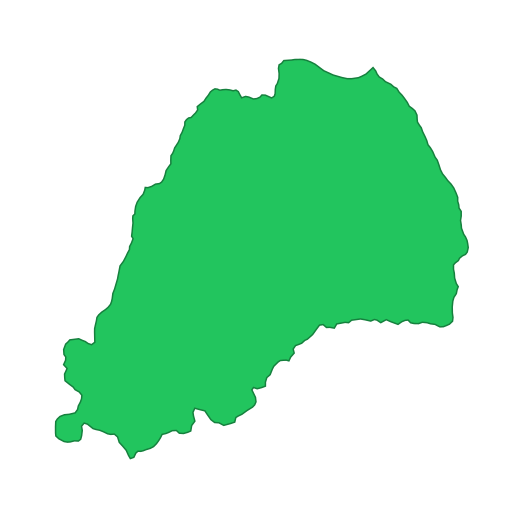 outline of Mirante do Paranapanema, São Paulo, Brazil, rotated 176°
{"feature_id": "56859067B9133941340903", "entity_name": "Mirante do Paranapanema", "entity_type": "district", "adm_level": 2, "iso_a3": "BRA", "parent_name": "Brazil", "parent_adm1": "São Paulo", "projection": "robinson", "projection_center": [-51.978, -22.346], "detail": "fine", "context": "isolated", "style": "filled", "palette": "green", "viewbox_px": 512, "rotation_deg": 176, "n_neighbors": 0, "source": "geoboundaries", "source_scale": "gbopen_adm2", "svg_char_len": 4348}
<svg xmlns="http://www.w3.org/2000/svg" viewBox="0 0 512 512"><g transform="rotate(176 256 256)"><path d="M62.8,197.3L61.5,200.9L58.8,204.5L57.7,208.5L56.4,211.3L58.1,214.5L59.4,220.1L59.4,225.0L59.9,229.0L59.6,233.4L57.6,235.3L54.5,237.3L53.1,239.6L50.0,241.8L46.9,243.0L45.0,245.2L43.7,249.6L44.0,253.8L44.4,256.8L45.7,260.4L47.3,263.2L48.1,266.0L49.1,269.4L49.1,272.5L49.5,277.2L48.5,281.6L48.2,286.2L50.1,289.6L50.2,293.0L51.0,296.5L50.7,300.4L52.0,304.7L54.0,310.1L56.4,314.1L59.6,318.0L61.5,321.1L64.2,324.9L66.0,329.2L67.2,334.2L68.5,338.9L70.5,342.2L72.5,347.9L74.5,351.8L76.7,355.0L77.6,359.2L78.9,362.9L81.1,368.3L82.2,372.4L84.0,375.3L85.6,378.4L85.7,381.3L85.6,385.3L87.3,389.7L89.7,392.2L92.7,394.7L94.4,398.7L97.2,403.3L99.1,406.2L101.8,409.4L103.9,413.4L106.8,415.1L109.5,417.9L112.3,419.5L114.8,420.9L117.3,423.7L120.6,426.0L122.6,429.2L123.7,432.3L126.1,435.8L133.6,429.8L138.0,427.9L141.4,426.7L148.2,426.2L152.5,426.5L157.8,428.0L166.3,431.1L175.5,436.1L183.7,443.2L187.7,445.6L191.8,447.6L195.2,448.7L197.9,449.0L203.8,449.3L206.9,449.0L214.6,449.0L217.0,446.4L219.6,445.1L220.5,441.6L220.2,436.4L220.7,431.5L222.7,426.5L224.4,424.2L225.1,421.0L225.6,416.5L226.7,414.0L229.4,412.6L232.4,414.2L235.4,415.8L238.9,416.2L240.9,414.2L244.1,413.0L247.6,412.8L252.0,415.0L255.2,415.9L259.3,414.8L260.8,417.9L262.2,421.2L264.4,422.9L267.3,422.4L270.6,423.5L274.3,424.2L277.6,424.2L280.5,423.9L282.8,425.1L285.3,425.6L287.7,424.5L290.0,422.9L292.4,419.6L294.8,417.0L297.1,413.9L300.5,411.7L304.2,409.1L304.0,405.8L306.3,402.9L308.3,401.2L311.0,398.7L313.6,398.4L315.8,396.9L317.6,394.7L317.9,391.4L319.5,388.1L321.1,384.5L323.1,381.4L323.8,378.3L325.6,374.8L328.0,371.6L329.6,369.5L330.7,366.7L332.0,364.2L333.8,362.0L334.3,357.7L334.5,353.9L336.9,351.1L339.7,347.5L341.0,343.3L342.8,339.1L345.0,336.3L347.2,335.0L351.3,334.7L355.2,332.7L359.1,331.7L361.7,332.1L362.4,329.4L364.3,325.4L367.5,322.4L370.8,317.9L372.6,313.8L373.6,309.3L373.9,306.4L376.0,304.6L376.4,301.7L376.4,297.4L377.2,293.0L377.9,288.5L378.7,284.4L377.4,281.9L379.3,277.7L381.4,274.3L381.8,271.2L383.9,267.9L385.6,264.8L388.6,259.9L392.3,255.6L393.9,249.5L394.9,246.0L395.7,242.8L399.4,232.8L401.4,228.6L402.4,223.5L403.3,220.5L404.5,217.9L407.2,215.0L410.6,212.6L413.9,210.7L417.0,208.2L418.9,205.9L419.8,202.2L421.1,198.0L422.0,194.9L422.3,191.6L422.8,181.2L426.2,179.0L429.6,180.4L432.3,182.6L435.1,183.9L438.6,185.8L447.6,185.3L449.5,183.4L452.0,181.4L454.4,176.1L454.4,171.1L452.8,168.5L453.2,165.3L455.5,161.0L452.3,157.0L453.6,154.5L455.2,151.6L455.3,148.0L455.2,144.9L451.1,141.1L447.5,138.0L445.8,135.3L441.8,132.7L439.4,129.2L440.0,125.7L441.4,122.5L443.7,118.8L444.7,115.3L447.4,112.1L453.4,111.1L458.2,111.0L462.7,109.6L465.5,107.3L467.3,104.9L467.9,99.5L468.3,93.3L468.2,90.4L465.4,87.4L460.4,84.3L457.1,83.5L454.3,83.5L450.0,84.3L446.1,83.8L443.7,85.4L442.5,88.9L441.5,94.1L441.9,98.4L439.1,101.3L435.8,100.0L433.0,97.4L430.6,95.2L427.7,94.1L424.1,93.1L420.6,91.4L416.4,89.0L413.4,88.2L409.7,88.2L406.7,85.2L405.4,79.6L402.2,75.6L399.0,71.2L397.1,66.0L395.5,62.7L391.9,63.7L389.6,67.8L387.4,69.5L384.6,69.2L382.1,69.6L379.3,70.5L374.9,71.5L371.5,73.0L368.4,75.7L365.9,78.7L364.1,81.2L362.1,84.6L358.3,85.2L355.4,86.1L351.8,87.6L347.6,87.5L344.9,84.6L340.7,84.0L336.4,84.9L333.3,86.0L332.0,91.4L328.5,95.5L329.5,100.7L329.8,104.4L327.7,108.4L323.4,106.9L317.8,105.1L315.7,101.4L312.4,95.9L308.9,92.8L304.6,92.2L300.0,89.3L292.9,90.7L288.8,91.8L287.4,96.3L284.7,97.7L281.1,99.1L275.7,102.5L270.0,105.5L267.7,107.6L266.2,110.5L266.4,115.0L269.5,122.8L267.6,125.0L264.1,123.5L259.4,124.4L255.7,125.5L255.4,129.5L253.7,134.0L250.2,136.6L247.5,142.2L246.0,144.7L241.5,148.6L239.2,150.0L236.2,150.1L233.0,150.0L230.5,149.1L228.5,152.7L224.7,156.5L225.4,160.6L222.8,163.9L219.6,164.8L216.5,165.8L213.1,168.5L210.6,169.4L205.0,173.7L200.7,178.9L197.5,182.6L193.8,182.9L190.7,179.8L187.4,179.7L182.9,178.6L180.2,182.6L171.7,183.6L168.3,183.0L165.1,185.3L159.1,185.7L156.2,185.9L151.7,184.8L146.1,183.1L142.3,184.4L139.8,183.6L136.2,180.8L130.5,183.4L126.0,181.0L119.1,177.9L115.1,180.3L111.7,181.4L108.8,181.5L106.4,178.6L103.0,177.6L98.6,177.2L94.7,178.3L89.9,177.5L86.6,176.2L82.1,175.3L79.9,173.9L77.5,172.5L74.0,172.4L70.8,173.4L67.8,174.5L64.5,177.2L63.8,181.0L64.1,185.6L63.8,191.5L62.8,197.3Z" fill="#22c55e" stroke="#15803d" stroke-width="1.5"/></g></svg>